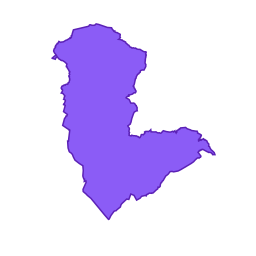 Takhli, Nakhon Sawan, Thailand (orthographic projection), rotated 14°
{"feature_id": "78962969B90565511373435", "entity_name": "Takhli", "entity_type": "district", "adm_level": 2, "iso_a3": "THA", "parent_name": "Thailand", "parent_adm1": "Nakhon Sawan", "projection": "orthographic", "projection_center": [100.411, 15.253], "detail": "fine", "context": "isolated", "style": "filled", "palette": "violet", "viewbox_px": 256, "rotation_deg": 14, "n_neighbors": 0, "source": "geoboundaries", "source_scale": "gbopen_adm2", "svg_char_len": 5777}
<svg xmlns="http://www.w3.org/2000/svg" viewBox="0 0 256 256"><g transform="rotate(14 128 128)"><path d="M218.8,132.8L217.6,131.0L215.6,129.8L213.8,128.9L212.4,127.5L211.6,126.3L210.7,126.2L210.3,124.0L208.6,122.9L207.7,121.5L206.6,121.2L206.4,121.0L205.5,121.2L205.3,120.9L205.3,120.6L205.1,120.5L203.9,120.9L203.7,120.3L202.6,121.2L202.0,121.5L201.9,122.2L201.4,122.2L201.2,121.6L200.5,121.9L200.6,122.5L200.2,122.6L200.4,122.7L200.4,122.9L199.6,123.5L199.5,123.3L199.8,122.9L199.4,122.4L199.8,121.6L199.7,121.1L200.0,121.0L200.2,120.3L200.6,119.7L200.6,119.2L200.8,118.8L200.5,118.4L201.0,117.7L200.8,117.1L199.5,116.6L196.8,116.1L196.7,115.4L195.7,114.3L195.2,114.6L191.5,114.9L190.5,115.1L189.1,114.7L185.5,114.4L183.8,113.5L179.0,115.2L178.9,115.6L178.4,116.0L178.5,116.6L178.3,116.9L177.5,117.0L177.2,117.8L176.3,118.3L176.1,118.7L176.0,119.0L176.3,119.7L175.9,119.9L176.0,120.7L175.7,120.7L175.7,121.0L175.4,120.7L175.7,120.5L175.4,120.4L175.3,120.2L174.6,120.2L174.3,119.6L174.2,119.8L173.7,119.7L173.1,120.8L172.0,120.4L170.6,121.5L169.4,121.9L166.1,122.2L162.9,122.1L161.3,124.9L161.0,125.2L160.3,125.2L159.6,125.0L158.7,125.4L157.6,125.5L156.2,125.0L153.1,125.8L151.3,126.1L150.5,124.2L150.1,125.0L148.7,126.5L147.4,126.6L145.6,127.2L145.2,127.7L145.5,127.9L145.3,128.5L145.6,128.7L145.5,129.3L144.9,130.0L144.6,130.8L143.1,130.9L142.5,131.2L142.5,131.9L142.3,133.3L142.1,133.6L142.1,134.0L141.6,134.3L141.7,134.5L141.4,134.7L140.0,133.9L139.8,134.1L138.2,133.6L137.7,133.9L136.7,133.8L135.0,134.2L133.4,134.1L133.3,134.7L132.1,135.0L130.7,134.7L130.7,133.6L130.3,132.9L130.6,132.0L129.7,131.1L129.6,128.5L128.8,127.3L127.9,126.8L127.3,126.0L129.3,123.6L129.1,123.0L129.3,122.9L129.5,121.6L129.4,117.9L129.9,112.5L130.3,110.9L131.6,109.8L132.2,109.1L132.8,109.0L132.4,108.2L131.9,105.9L130.7,104.7L130.6,104.2L129.9,104.0L128.6,102.7L127.5,102.4L126.5,102.8L125.6,102.9L125.2,103.1L124.6,103.1L122.4,100.3L121.6,99.9L119.0,99.3L118.8,98.8L119.9,97.3L121.2,97.0L121.2,96.5L120.6,95.9L120.7,95.6L121.0,95.5L121.5,95.6L124.3,93.9L124.3,93.6L125.5,92.2L126.4,92.3L127.0,91.0L126.8,90.1L126.1,89.6L125.8,89.0L125.3,88.7L125.1,88.2L124.6,87.7L124.1,87.6L123.7,86.4L123.1,86.4L122.9,85.9L123.3,85.3L123.5,83.8L123.3,78.5L123.5,78.4L123.8,77.5L123.6,76.5L124.3,73.7L124.7,73.2L125.2,73.0L125.5,72.4L125.5,71.8L126.3,71.1L126.2,69.3L127.9,68.2L129.5,67.9L130.4,64.1L130.1,62.8L130.1,62.3L129.7,62.0L129.4,61.4L129.1,61.3L128.6,60.0L128.5,58.3L128.2,57.8L128.3,56.8L128.0,55.9L128.2,55.2L128.0,54.8L128.1,54.2L127.9,54.0L128.0,53.5L127.7,53.1L128.0,52.8L127.8,52.4L127.6,52.5L127.1,51.8L127.3,50.6L127.3,50.0L127.0,49.8L126.5,49.8L125.7,50.1L124.0,49.9L120.6,48.8L118.8,49.2L117.6,49.2L116.0,48.6L115.6,49.0L113.6,48.9L113.2,49.3L112.3,49.4L111.9,49.0L110.6,49.0L108.6,47.4L107.9,47.4L106.7,46.6L105.7,46.3L104.8,45.1L104.4,45.2L103.2,44.7L102.7,44.9L100.9,44.0L100.6,44.3L99.4,44.0L97.7,44.2L98.0,43.9L98.0,43.4L98.7,42.0L98.2,41.5L97.9,40.2L98.0,39.8L97.8,39.0L94.1,38.0L93.7,38.2L92.3,38.1L91.7,37.0L90.9,37.6L89.8,36.5L89.0,36.1L87.8,34.7L83.7,35.4L74.5,34.6L71.9,34.7L71.2,35.6L71.1,36.0L70.4,36.5L68.0,37.1L67.0,36.9L66.0,37.1L65.7,37.4L65.3,38.6L64.8,39.0L51.6,45.8L51.3,46.0L51.1,49.5L51.1,52.1L50.7,52.2L51.1,53.6L50.0,54.2L50.5,54.9L49.4,55.4L47.4,57.4L46.5,57.9L44.7,59.8L43.9,60.3L43.0,60.5L42.1,61.2L40.0,60.7L39.4,63.2L38.9,63.1L37.9,65.6L37.7,66.3L38.0,66.5L37.9,66.9L38.1,67.0L38.0,67.7L37.4,68.6L37.2,69.5L37.2,71.3L38.4,72.8L40.7,74.6L39.3,76.0L37.5,78.6L37.9,78.8L38.2,78.7L40.8,78.9L40.9,78.1L41.8,75.8L44.1,77.6L45.8,78.1L46.3,78.4L47.1,78.6L48.2,78.4L50.4,79.1L53.3,80.7L53.2,82.1L53.3,83.4L54.3,83.6L54.3,84.1L54.6,84.4L56.3,86.0L57.1,87.1L57.7,87.2L58.0,87.7L57.6,89.1L58.1,89.5L58.5,90.3L58.0,91.4L58.2,92.3L58.7,92.3L58.8,93.1L59.0,93.3L59.1,93.7L59.4,94.0L59.6,95.1L59.9,95.4L59.7,96.4L59.8,97.6L59.7,98.0L59.0,98.5L59.1,99.3L58.9,100.1L58.5,100.0L57.5,100.5L57.0,100.9L56.7,101.5L56.3,101.4L55.2,102.1L55.3,102.4L55.1,102.6L54.4,102.9L54.1,103.5L53.8,103.5L53.5,105.0L53.7,105.3L53.7,105.7L54.1,105.8L54.3,106.0L54.3,106.4L55.1,106.7L55.4,107.4L55.4,108.6L55.1,109.1L55.2,109.5L54.8,110.2L56.7,110.3L57.4,111.0L58.9,112.0L59.0,112.4L58.6,113.6L58.9,114.0L58.9,114.7L58.6,115.7L60.3,116.1L60.6,116.5L60.7,117.3L60.4,118.1L60.4,119.8L60.0,119.9L59.8,120.4L59.8,120.9L61.0,121.0L61.6,121.2L61.5,127.7L65.9,129.5L65.7,131.2L65.0,131.3L64.7,133.2L64.3,133.6L64.1,134.2L64.0,141.3L69.9,143.5L71.2,143.8L71.2,144.2L72.0,144.2L73.4,155.2L72.6,155.3L74.7,161.9L76.6,165.0L77.1,165.4L79.2,166.2L80.6,167.3L81.8,169.1L84.3,172.0L89.5,174.3L93.3,175.5L94.9,180.1L95.7,185.0L96.1,186.1L97.5,188.2L98.2,188.2L98.5,190.5L99.9,189.5L100.5,190.8L99.2,198.4L99.9,200.5L103.5,202.3L104.8,203.2L109.0,205.2L126.3,218.0L131.2,221.4L131.8,220.9L132.6,217.1L134.6,212.2L135.5,211.5L136.4,211.2L137.2,209.8L139.7,206.5L139.8,204.1L140.3,202.9L143.9,197.3L146.1,197.1L146.7,191.4L150.1,191.9L153.8,195.9L156.7,193.2L157.7,191.0L161.2,189.2L162.0,189.5L162.1,188.5L162.4,188.3L162.3,188.0L163.6,187.1L163.6,186.8L164.6,186.0L166.9,185.6L166.9,185.3L168.1,184.9L170.3,181.4L171.6,179.8L171.5,178.1L172.5,178.1L173.3,177.0L173.1,175.7L173.2,175.4L173.1,175.2L173.1,173.5L173.8,172.9L173.9,172.1L174.3,171.0L174.5,170.9L174.8,170.5L176.2,165.5L177.4,164.1L178.3,162.8L179.3,160.2L181.2,159.5L182.9,159.5L187.0,157.6L189.4,155.5L197.8,147.2L199.8,144.9L201.0,142.6L202.6,140.3L203.9,139.8L204.2,140.0L204.4,139.5L205.4,138.8L205.6,138.2L205.5,137.6L201.8,134.6L202.1,134.1L202.3,134.1L202.6,133.2L202.6,132.8L203.3,132.7L203.4,132.4L203.7,132.1L203.6,131.9L204.3,131.6L204.4,131.3L204.8,131.4L205.2,130.8L205.8,130.6L211.1,132.0L211.7,131.9L212.2,132.2L212.9,131.9L214.6,131.9L215.9,132.6L216.5,133.4L218.8,132.8Z" fill="#8b5cf6" stroke="#5b21b6" stroke-width="1.5"/></g></svg>